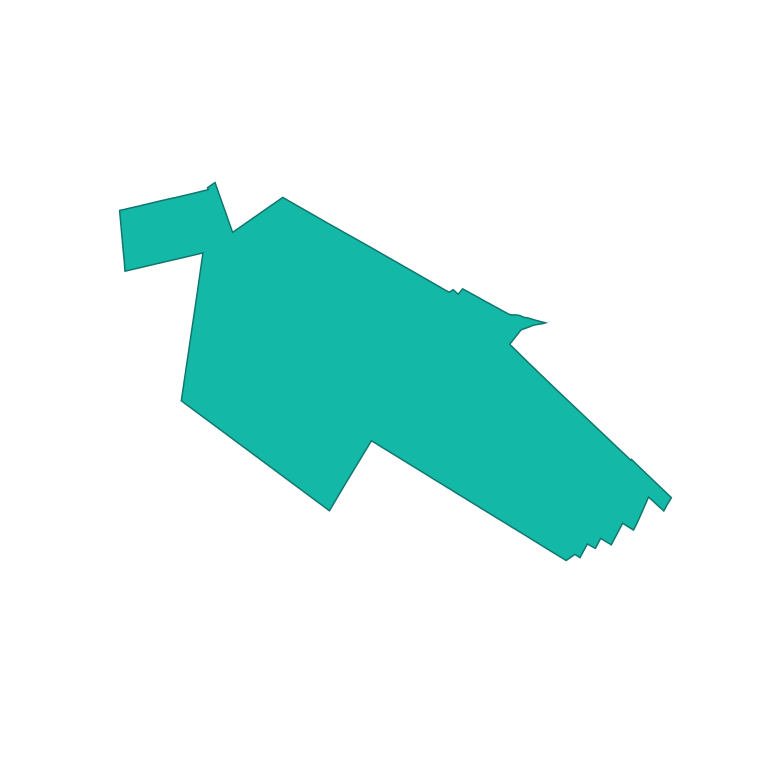 Benito Juárez, Tlaxcala, Mexico, rotated 201°
{"feature_id": "50627088B10674186524860", "entity_name": "Benito Juárez", "entity_type": "district", "adm_level": 2, "iso_a3": "MEX", "parent_name": "Mexico", "parent_adm1": "Tlaxcala", "projection": "albers", "projection_center": [-98.418, 19.596], "detail": "fine", "context": "isolated", "style": "filled", "palette": "teal", "viewbox_px": 768, "rotation_deg": 201, "n_neighbors": 0, "source": "geoboundaries", "source_scale": "gbopen_adm2", "svg_char_len": 2894}
<svg xmlns="http://www.w3.org/2000/svg" viewBox="0 0 768 768"><g transform="rotate(201 384 384)"><path d="M389.5,246.1L384.2,277.5L375.4,326.4L372.5,326.0L370.9,325.7L367.9,325.1L364.9,324.5L332.0,318.4L329.0,317.8L326.1,317.3L323.1,316.7L320.1,316.2L317.1,315.6L311.1,314.5L305.2,313.3L299.1,312.2L296.1,311.7L293.2,311.1L290.2,310.5L287.1,309.9L286.6,309.9L286.4,309.9L283.4,309.3L280.4,308.7L277.4,308.1L274.5,307.5L274.4,307.6L271.4,307.0L268.4,306.5L265.4,305.9L262.4,305.3L262.1,305.2L259.5,304.8L256.5,304.2L253.5,303.7L250.5,303.1L250.3,303.0L250.0,302.9L247.5,302.5L244.5,302.0L241.5,301.4L238.5,300.9L238.1,300.8L237.9,300.7L235.5,300.3L232.4,299.7L229.2,299.1L226.2,298.6L223.6,298.1L220.6,297.6L217.5,297.0L214.4,296.4L213.8,296.3L213.6,296.2L213.1,296.1L211.3,295.8L208.3,295.3L205.3,294.7L202.1,294.2L201.0,293.9L200.8,293.9L188.7,291.6L184.9,290.9L181.8,290.3L178.7,289.7L176.6,289.3L176.4,289.2L175.6,289.1L172.5,288.5L166.3,287.4L164.5,287.0L164.2,287.0L163.1,286.8L160.0,286.2L153.8,285.1L152.0,284.7L150.7,284.5L144.7,293.3L141.5,292.7L138.8,292.1L138.8,292.4L136.8,307.5L128.0,306.3L127.8,305.7L126.4,317.5L114.5,315.4L114.2,315.3L112.7,327.8L111.3,339.5L99.0,337.1L98.8,337.1L98.6,337.6L97.7,347.2L97.0,361.8L96.5,373.3L77.3,365.7L77.2,366.0L76.2,373.9L75.3,378.7L75.0,380.9L90.3,387.3L90.5,387.4L102.6,392.4L125.9,402.3L126.0,401.2L220.1,440.1L228.1,443.5L233.4,445.7L239.9,448.5L242.9,449.7L246.6,451.3L257.5,455.9L269.3,461.1L274.1,463.2L280.9,466.1L280.8,466.4L280.7,466.7L279.4,470.9L279.2,471.5L278.1,475.0L276.9,478.9L275.6,483.1L275.4,483.6L275.1,483.9L271.9,486.7L271.3,487.2L270.9,487.6L270.5,487.9L267.8,490.3L266.6,491.5L264.7,492.9L263.4,493.8L257.5,497.2L255.1,499.0L264.8,497.9L272.9,497.3L274.6,497.0L276.3,496.7L277.1,496.3L279.5,496.5L281.1,496.6L283.7,496.3L286.6,495.4L288.4,494.8L289.2,494.2L289.9,494.2L290.9,494.2L291.3,493.8L297.9,494.6L303.4,495.4L303.6,495.4L307.3,495.9L311.0,496.4L314.6,496.9L316.9,497.2L317.2,497.2L322.9,498.0L327.5,498.7L330.5,499.1L343.7,500.9L343.9,500.9L344.7,501.0L346.9,494.3L347.9,494.7L353.2,496.9L354.1,495.7L354.5,494.7L355.4,494.0L356.1,493.0L361.7,493.8L385.3,497.5L444.8,506.7L495.2,514.1L511.7,516.7L545.4,521.9L545.6,521.6L579.7,471.3L581.5,473.4L581.6,473.6L588.4,481.5L589.5,482.8L589.7,483.1L597.5,492.2L597.6,492.4L598.8,493.7L605.7,501.8L605.9,502.0L613.9,511.5L614.7,510.5L619.1,504.1L617.8,502.5L618.9,501.6L622.6,499.1L627.4,495.7L627.7,495.5L629.0,494.6L630.3,493.7L630.6,493.5L646.9,482.4L647.4,482.2L649.3,480.9L650.8,479.9L651.1,479.7L652.1,479.0L657.8,475.2L672.2,465.4L672.8,465.0L673.1,464.8L673.6,464.3L676.5,462.3L679.6,460.3L693.0,451.3L693.0,451.2L682.9,430.6L674.7,413.9L669.1,402.7L669.0,402.4L666.3,396.6L666.2,396.5L643.6,411.9L632.1,419.7L608.6,435.6L600.0,441.5L594.5,417.3L591.3,403.4L567.4,296.5L567.3,295.7L389.5,246.1Z" fill="#14b8a6" stroke="#0f766e" stroke-width="1.5"/></g></svg>